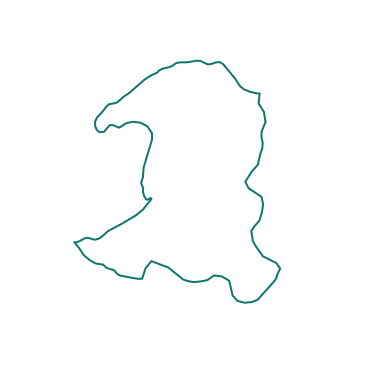 outline of Bokeo, rotated 41°
{"feature_id": "LAO-3271", "entity_name": "Bokeo", "entity_type": "Province", "adm_level": 1, "iso_a3": "LAO", "parent_name": "Laos", "parent_adm1": "", "projection": "orthographic", "projection_center": [100.56, 20.309], "detail": "fine", "context": "isolated", "style": "outline", "palette": "teal", "viewbox_px": 384, "rotation_deg": 41, "n_neighbors": 0, "source": "natural_earth", "source_scale": "10m", "svg_char_len": 1747}
<svg xmlns="http://www.w3.org/2000/svg" viewBox="0 0 384 384"><g transform="rotate(41 192 192)"><path d="M158.7,80.6L163.6,80.5L170.4,78.2L176.6,74.7L178.5,73.3L178.7,73.7L184.2,81.5L193.8,84.4L201.5,90.9L205.0,100.9L208.6,105.1L213.2,108.6L216.4,113.0L218.4,118.1L223.8,128.3L223.7,137.7L225.5,149.3L232.2,152.0L247.7,150.1L253.6,154.5L258.2,161.6L261.7,169.5L261.6,176.8L262.3,182.5L270.0,189.0L274.7,190.8L287.6,194.0L302.2,190.3L308.8,191.9L310.1,197.0L312.2,202.0L312.6,205.5L312.2,230.5L309.1,236.1L304.4,241.0L297.8,244.4L290.6,243.5L278.3,234.6L270.0,236.1L263.4,240.5L261.4,248.4L257.1,254.0L252.1,259.1L247.7,261.7L243.0,263.8L223.8,264.5L206.7,270.8L207.0,280.0L211.2,290.1L208.2,293.0L193.4,301.8L191.4,302.6L188.6,302.9L185.7,302.3L183.6,302.4L181.5,303.6L177.2,305.3L172.7,305.1L166.3,309.1L159.4,310.5L152.2,310.7L143.2,308.3L136.4,307.2L139.1,303.6L141.4,297.4L142.9,295.4L144.5,294.3L148.6,292.6L150.4,291.3L152.5,287.9L153.3,284.3L154.3,276.5L159.8,262.2L165.0,246.3L166.5,237.4L166.1,225.8L165.6,223.6L164.7,223.9L163.6,226.9L162.0,227.7L158.6,226.5L155.1,224.3L153.6,222.4L152.9,221.2L149.3,219.6L147.7,218.5L146.9,217.2L145.8,214.1L144.8,212.4L139.4,205.2L127.4,178.6L123.2,173.9L115.3,171.7L107.7,173.5L101.4,177.7L97.3,183.0L94.9,191.1L94.4,191.5L93.3,191.7L88.6,193.4L88.0,193.8L86.0,195.6L86.1,204.3L82.9,207.6L79.2,207.6L75.4,205.6L72.5,202.1L71.4,197.7L71.8,189.9L71.5,186.1L71.4,183.1L71.9,180.0L74.3,177.2L76.4,174.1L77.3,170.1L77.8,165.3L79.7,158.3L82.4,138.4L84.7,130.7L87.4,124.8L87.4,121.9L88.9,118.3L93.6,111.6L94.6,108.8L95.5,105.1L97.6,102.3L103.3,97.3L108.7,90.6L112.0,87.7L120.3,85.3L122.9,82.3L124.8,78.7L127.7,75.8L131.6,75.1L149.8,78.1L158.7,80.6Z" fill="none" stroke="#0f766e" stroke-width="2"/></g></svg>